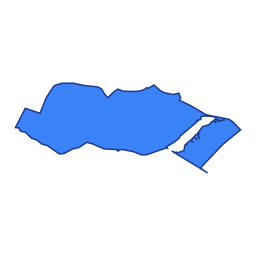 the district of Clontarf Lea-6, Dublin, Ireland
{"feature_id": "5873133B49648577838284", "entity_name": "Clontarf Lea-6", "entity_type": "district", "adm_level": 2, "iso_a3": "IRL", "parent_name": "Ireland", "parent_adm1": "Dublin", "projection": "equal_earth", "projection_center": [-6.188, 53.368], "detail": "fine", "context": "isolated", "style": "filled", "palette": "blue", "viewbox_px": 256, "rotation_deg": 0, "n_neighbors": 0, "source": "geoboundaries", "source_scale": "gbopen_adm2", "svg_char_len": 1499}
<svg xmlns="http://www.w3.org/2000/svg" viewBox="0 0 256 256"><path d="M153.9,85.0L148.5,88.1L146.3,87.8L145.1,89.1L140.3,90.9L134.0,91.5L122.7,91.1L118.0,89.1L114.4,91.4L107.9,97.6L105.2,94.9L101.5,88.9L97.8,86.9L85.2,85.6L72.4,83.1L61.7,83.3L55.2,85.2L53.3,86.8L46.2,97.7L40.0,113.3L25.3,108.3L15.4,127.6L19.3,128.0L19.4,129.6L20.8,131.3L25.3,132.2L31.6,138.3L36.7,139.9L41.7,144.0L47.2,145.5L59.5,154.0L64.1,153.5L72.8,148.9L79.3,147.4L86.7,142.4L92.3,143.8L104.1,148.9L117.6,149.6L117.4,150.7L118.6,151.0L119.6,149.6L123.5,149.7L133.7,151.8L141.6,154.9L146.6,154.8L166.6,147.8L168.1,148.7L166.4,146.8L174.0,142.3L179.5,137.8L180.0,136.2L197.6,121.3L198.3,120.5L197.7,120.3L200.8,119.4L201.1,116.6L204.3,116.0L211.4,116.3L216.2,117.4L215.2,119.1L219.2,120.3L218.7,121.1L224.6,119.8L218.7,121.3L218.4,121.1L218.9,120.4L214.7,119.5L213.8,120.5L216.6,123.1L213.4,120.9L211.4,121.9L209.4,124.5L202.5,126.7L197.6,133.3L198.2,133.8L199.8,133.5L198.5,134.1L199.2,138.9L197.8,133.8L195.9,134.7L193.4,137.4L194.7,137.4L197.5,139.9L194.6,137.4L192.1,138.6L191.8,139.4L192.7,139.1L190.5,140.3L191.8,140.0L190.8,140.4L193.3,142.5L190.4,140.3L187.1,143.0L186.0,144.1L187.7,144.4L185.8,144.3L184.7,145.4L184.0,150.5L178.0,152.7L176.1,152.1L174.9,152.5L171.7,151.0L207.6,172.9L201.0,168.4L202.1,166.2L222.8,144.4L240.6,129.8L232.5,121.6L228.8,119.2L206.2,114.8L191.3,106.0L179.4,100.2L180.7,98.0L178.9,93.2L172.8,94.5L164.2,92.7L160.2,90.5L153.9,85.0Z" fill="#3b82f6" stroke="#1e3a8a" stroke-width="1.5"/></svg>